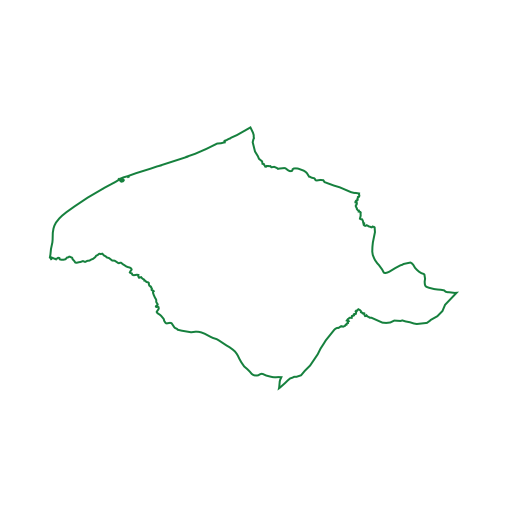 the district of Nagan Raya, Aceh, Indonesia, rotated 102°
{"feature_id": "22746128B8237986094994", "entity_name": "Nagan Raya", "entity_type": "district", "adm_level": 2, "iso_a3": "IDN", "parent_name": "Indonesia", "parent_adm1": "Aceh", "projection": "natural_earth1", "projection_center": [96.507, 4.176], "detail": "fine", "context": "isolated", "style": "outline", "palette": "green", "viewbox_px": 512, "rotation_deg": 102, "n_neighbors": 0, "source": "geoboundaries", "source_scale": "gbopen_adm2", "svg_char_len": 6109}
<svg xmlns="http://www.w3.org/2000/svg" viewBox="0 0 512 512"><g transform="rotate(102 256 256)"><path d="M136.0,284.6L131.4,288.2L141.7,299.8L145.2,304.6L145.9,305.4L146.4,305.6L146.5,305.3L146.7,306.4L148.1,308.2L148.8,308.8L149.5,310.2L150.1,310.8L150.4,310.8L150.9,310.5L151.0,310.2L151.4,310.2L151.6,310.9L153.0,313.7L154.1,317.4L161.4,326.6L168.7,336.8L173.2,344.3L173.4,344.1L187.4,368.5L187.5,368.4L188.9,371.3L192.5,377.3L199.9,390.5L204.1,397.3L204.8,397.3L205.0,397.1L205.4,397.6L205.2,397.9L204.8,398.0L204.7,398.3L206.7,402.1L208.2,404.2L208.6,405.0L209.0,405.3L209.4,404.8L209.0,403.9L209.1,403.2L208.9,402.8L209.2,402.2L209.3,401.7L209.0,401.4L209.3,401.1L210.2,401.4L210.7,401.8L211.3,403.2L210.8,404.2L209.6,405.4L209.7,405.8L209.5,406.3L210.4,406.4L212.6,408.7L220.6,418.2L233.9,432.8L245.2,443.8L252.5,450.5L256.8,454.0L260.1,456.2L264.9,458.6L268.2,459.5L271.2,459.8L275.5,459.6L282.5,458.3L285.1,458.0L291.7,458.0L297.3,457.4L300.4,457.3L300.9,456.2L302.5,455.3L302.2,455.4L299.8,456.6L300.7,451.7L300.5,451.8L300.4,450.9L300.2,450.4L299.0,449.3L298.8,448.7L298.9,447.9L299.8,447.5L300.1,447.1L300.1,445.6L299.7,443.6L298.8,441.7L296.8,440.5L296.3,439.3L295.5,438.6L295.4,438.0L295.6,437.3L295.9,435.6L296.3,435.2L297.3,434.7L298.6,432.8L299.9,431.5L300.0,430.7L299.8,429.8L298.8,427.7L298.4,426.5L297.0,424.3L297.0,423.7L297.3,422.5L297.2,421.7L295.8,420.0L295.1,417.9L293.7,416.4L292.7,414.8L290.5,413.0L289.0,412.4L288.0,411.1L286.5,409.9L286.3,409.4L286.4,408.3L285.7,406.8L287.1,404.8L287.6,402.9L288.4,401.7L288.6,399.3L290.3,395.8L290.3,395.2L290.0,393.7L290.1,392.9L291.6,389.1L291.5,388.5L290.8,387.4L290.7,386.5L291.8,384.4L292.3,382.9L293.2,380.7L293.5,378.9L293.5,377.9L293.7,376.5L294.1,375.7L294.9,374.9L295.8,375.0L297.0,375.7L298.3,376.0L298.7,375.4L298.9,373.8L299.9,373.2L300.2,372.3L300.2,371.5L299.1,368.6L299.0,367.1L300.2,367.0L300.8,366.3L301.2,366.3L301.6,365.8L300.9,364.8L300.9,364.3L300.6,363.9L301.4,362.9L301.9,362.0L302.3,360.6L302.5,360.3L303.3,360.1L303.3,359.1L303.5,358.7L304.2,357.8L304.2,356.0L304.7,355.2L305.7,355.0L307.0,354.3L307.3,354.0L307.6,352.8L308.1,352.6L308.2,352.1L308.9,351.8L309.4,351.1L310.8,351.1L311.1,350.8L311.3,349.2L311.7,348.7L312.6,349.2L313.4,349.1L315.4,347.9L317.7,346.2L319.2,344.8L319.9,344.4L321.4,344.1L322.0,343.8L323.4,342.4L323.8,342.1L324.3,342.2L325.9,343.4L326.3,343.4L326.6,342.9L326.0,341.5L326.3,340.7L327.7,340.2L328.5,340.4L331.1,341.5L331.4,341.5L332.4,340.5L333.5,337.7L334.3,336.3L336.6,333.4L337.2,332.9L338.0,332.6L338.9,332.0L340.2,330.6L340.5,329.9L340.5,329.3L339.3,326.4L339.2,325.2L339.4,324.5L342.8,321.0L343.3,320.1L343.6,318.5L343.9,317.8L344.4,317.3L344.5,313.2L344.1,303.6L342.5,299.0L342.1,296.3L342.1,293.8L342.7,290.0L344.5,283.7L345.1,281.2L345.5,277.2L346.2,275.0L349.7,266.1L350.7,263.0L352.4,259.2L353.8,256.7L355.6,254.6L357.3,253.0L359.9,251.0L363.0,248.3L366.5,244.6L368.4,241.1L370.4,238.0L372.2,235.7L372.8,234.3L373.1,232.8L372.8,230.7L372.3,229.1L370.8,227.4L370.1,226.2L370.0,224.8L370.8,221.2L371.0,216.6L371.0,214.2L370.6,211.7L369.8,209.0L369.3,206.0L372.0,206.6L373.8,206.7L379.6,206.0L380.6,206.0L379.6,205.1L374.3,201.2L371.0,199.0L368.7,197.2L367.4,195.0L366.2,193.5L365.7,191.2L363.3,187.1L358.2,184.4L351.9,180.3L339.3,175.2L333.1,173.6L327.9,171.6L324.0,170.2L311.9,164.1L310.8,163.3L309.8,162.2L309.3,161.1L309.2,160.3L307.7,158.9L307.4,158.1L306.9,158.0L306.9,156.8L307.1,156.2L305.8,154.4L304.5,154.0L304.4,153.2L303.1,153.0L302.5,152.1L301.4,152.5L300.5,151.7L300.3,152.0L300.2,153.7L298.6,153.0L298.2,152.4L297.0,151.7L296.6,149.5L294.8,149.7L294.5,148.9L293.7,147.8L292.9,148.3L292.2,147.8L291.9,146.4L291.0,146.3L289.7,146.4L289.3,147.0L288.6,146.6L288.4,145.6L287.6,145.4L286.8,144.8L287.4,142.9L288.4,141.6L289.2,141.6L289.5,140.2L290.0,139.8L290.1,139.2L289.5,138.6L289.6,138.1L291.0,137.7L292.1,136.8L291.8,135.8L291.1,135.5L292.0,134.3L292.2,133.0L292.7,132.1L292.4,130.2L294.9,118.5L294.4,114.7L293.1,110.8L290.4,107.3L289.5,101.1L288.6,99.5L288.9,96.2L288.8,91.5L289.2,87.7L289.1,84.6L285.9,74.9L282.8,72.1L282.3,71.9L277.2,66.1L271.1,62.2L264.4,60.9L250.3,52.2L250.8,53.9L251.3,59.6L251.6,61.1L251.5,63.1L250.5,64.9L250.6,68.2L251.0,71.1L251.3,74.8L251.1,80.3L250.7,83.0L249.9,84.2L248.9,84.8L247.5,85.3L245.9,85.7L243.1,85.9L239.2,87.4L238.7,88.2L238.4,90.7L237.5,93.2L236.1,95.7L234.5,98.0L231.9,100.4L230.7,102.2L230.3,103.6L232.5,108.6L233.2,110.1L234.1,111.0L235.1,112.8L238.8,117.2L243.7,122.4L245.0,124.3L245.8,126.0L245.8,127.2L245.5,127.7L243.0,129.8L239.3,133.9L237.9,135.9L235.4,138.6L233.8,139.9L230.7,142.0L227.5,143.2L223.0,144.0L218.4,144.5L207.9,144.6L203.4,145.9L203.0,146.7L203.1,147.4L202.9,148.0L203.1,148.2L203.8,148.6L204.0,149.1L203.7,150.2L203.6,152.0L203.2,152.8L202.9,154.2L203.6,154.9L203.8,155.4L203.7,156.2L203.2,157.1L202.2,157.5L201.9,156.9L201.5,157.0L201.4,157.6L201.1,158.1L199.8,158.5L198.1,159.8L198.2,161.5L197.9,162.1L194.8,162.0L192.6,162.6L192.0,162.5L191.4,162.9L191.2,163.2L191.2,164.6L190.7,164.5L190.2,164.8L190.3,165.4L190.0,166.0L189.1,167.1L188.4,167.2L188.0,167.7L186.5,168.8L185.6,168.9L185.1,168.4L184.0,168.2L183.7,168.5L183.0,168.5L182.7,169.0L182.8,169.9L182.1,170.0L181.1,169.6L180.8,168.6L180.4,168.3L179.5,168.3L179.3,168.7L178.1,168.6L177.1,167.9L176.8,168.2L176.5,167.6L175.7,167.4L175.0,167.6L174.2,168.2L173.4,168.2L173.6,171.5L173.9,173.1L173.8,176.4L171.4,188.4L170.9,194.5L169.5,204.3L167.9,205.9L168.2,208.8L169.5,212.3L169.5,213.3L169.1,213.9L168.3,214.5L167.9,215.1L167.8,218.1L167.3,219.6L167.4,220.5L164.4,223.4L163.4,225.0L162.6,227.1L161.8,232.6L161.8,233.8L162.1,235.6L162.5,237.1L163.5,238.2L164.3,238.2L165.2,238.5L165.5,238.9L165.9,240.2L165.9,241.0L165.4,242.7L164.4,244.7L164.1,245.5L164.1,246.6L165.8,251.9L166.2,252.6L165.6,253.8L165.0,256.7L166.0,259.4L165.5,260.2L165.1,260.6L165.5,262.1L165.4,262.5L165.7,264.2L166.4,264.4L166.6,264.9L166.7,265.5L165.7,266.3L165.1,267.1L164.4,267.5L164.5,268.8L162.2,269.7L160.3,273.3L158.0,274.9L154.0,278.7L145.4,282.9L142.3,282.8L141.2,282.5L140.0,283.0L138.2,283.4L136.0,284.6Z" fill="none" stroke="#15803d" stroke-width="2"/></g></svg>